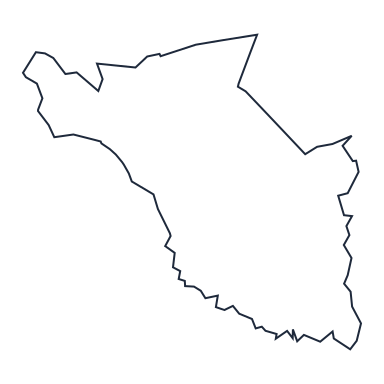 outline of Richland, South Carolina, United States of America
{"feature_id": "52423323B12098340912267", "entity_name": "Richland", "entity_type": "district", "adm_level": 2, "iso_a3": "USA", "parent_name": "United States of America", "parent_adm1": "South Carolina", "projection": "equal_earth", "projection_center": [-80.92, 34.006], "detail": "fine", "context": "isolated", "style": "outline", "palette": "slate", "viewbox_px": 384, "rotation_deg": 0, "n_neighbors": 0, "source": "geoboundaries", "source_scale": "gbopen_adm2", "svg_char_len": 1238}
<svg xmlns="http://www.w3.org/2000/svg" viewBox="0 0 384 384"><path d="M257.1,34.7L222.1,40.3L195.8,44.7L160.6,56.2L159.5,53.9L147.2,56.5L135.5,67.5L97.0,63.6L102.6,79.1L98.3,91.0L76.6,72.4L65.4,74.0L53.3,58.0L45.0,53.4L35.9,52.2L23.0,72.8L25.9,77.2L36.9,83.6L42.4,98.3L38.1,109.6L38.0,111.0L48.7,125.1L54.3,137.2L73.4,134.5L94.7,139.9L100.7,141.5L101.4,143.4L109.8,149.1L115.8,154.5L122.1,162.1L123.8,164.6L128.8,173.4L131.8,181.5L153.5,194.4L157.9,209.0L169.9,233.3L170.6,236.0L165.2,246.1L174.7,252.9L173.0,267.3L180.2,271.1L178.7,279.0L184.8,280.9L185.1,286.1L194.0,286.6L200.8,290.8L205.4,298.2L217.8,295.6L215.9,307.1L224.4,310.0L232.9,305.9L239.2,313.7L252.0,319.0L255.7,328.4L261.8,326.7L265.5,330.8L276.6,334.0L275.8,338.7L287.1,330.9L292.7,338.2L292.9,329.4L297.2,341.3L303.9,334.9L320.2,341.7L332.6,331.5L333.8,338.5L350.2,349.3L356.7,340.8L361.0,323.4L352.1,306.6L350.6,291.7L344.1,283.7L347.7,275.2L351.5,258.0L343.8,245.0L349.4,235.1L346.4,226.1L352.0,216.1L344.0,215.2L338.2,195.7L347.7,193.2L358.6,171.9L356.1,160.7L352.8,161.1L342.6,145.8L351.7,135.8L332.5,144.0L317.1,146.8L305.2,154.2L279.9,127.4L259.8,106.2L245.6,91.3L237.9,86.7L238.6,83.7L250.3,52.5L257.1,34.7Z" fill="none" stroke="#1e293b" stroke-width="2"/></svg>